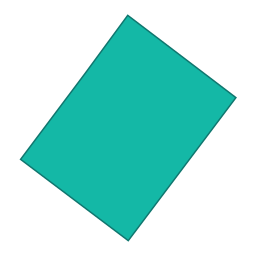 Hardee, Florida, United States of America, rotated 127°
{"feature_id": "52423323B36790328551153", "entity_name": "Hardee", "entity_type": "district", "adm_level": 2, "iso_a3": "USA", "parent_name": "United States of America", "parent_adm1": "Florida", "projection": "natural_earth1", "projection_center": [-81.777, 27.492], "detail": "fine", "context": "isolated", "style": "filled", "palette": "teal", "viewbox_px": 256, "rotation_deg": 127, "n_neighbors": 0, "source": "geoboundaries", "source_scale": "gbopen_adm2", "svg_char_len": 239}
<svg xmlns="http://www.w3.org/2000/svg" viewBox="0 0 256 256"><g transform="rotate(127 128 128)"><path d="M217.7,194.9L217.8,60.0L38.8,60.1L38.2,196.0L110.1,195.1L217.7,194.9Z" fill="#14b8a6" stroke="#0f766e" stroke-width="1.5"/></g></svg>